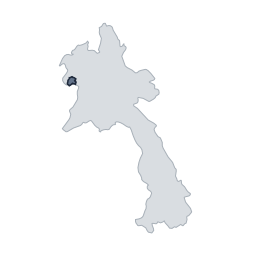 location of Xienghone, Xaignabouri, Laos, rotated 13°
{"feature_id": "54806243B61496088664088", "entity_name": "Xienghone", "entity_type": "district", "adm_level": 2, "iso_a3": "LAO", "parent_name": "Laos", "parent_adm1": "Xaignabouri", "projection": "mercator", "projection_center": [100.862, 19.697], "detail": "fine", "context": "in_parent", "style": "filled", "palette": "slate", "viewbox_px": 256, "rotation_deg": 13, "n_neighbors": 0, "source": "geoboundaries", "source_scale": "gbopen_adm2", "svg_char_len": 5135}
<svg xmlns="http://www.w3.org/2000/svg" viewBox="0 0 256 256"><g transform="rotate(13 128 128)"><path d="M90.3,33.8L91.5,36.0L97.1,41.9L98.0,43.5L100.1,44.8L101.8,50.0L102.5,50.4L103.4,50.0L104.1,49.3L104.7,47.2L105.1,47.0L105.7,48.7L107.3,49.2L108.0,49.9L108.2,51.2L107.9,52.5L106.6,55.5L105.8,59.5L111.3,68.1L113.6,69.3L119.0,70.7L122.7,72.6L124.4,72.1L126.0,70.0L128.0,68.8L131.6,67.0L132.7,66.9L134.7,67.6L138.0,69.7L143.0,73.7L142.8,74.8L141.9,75.8L139.2,77.4L138.4,78.4L138.9,78.8L141.1,79.1L143.8,79.9L144.6,81.0L145.0,83.4L145.5,83.8L147.9,83.6L148.7,83.9L149.6,84.6L150.4,86.6L150.4,88.1L148.0,90.7L147.7,92.3L146.4,94.1L143.1,97.2L142.2,97.4L136.1,95.7L131.2,95.9L130.8,96.6L131.6,98.4L131.8,100.3L131.1,101.7L128.3,103.5L128.2,104.3L128.7,105.2L132.8,106.8L145.9,115.7L151.8,117.4L154.4,118.6L155.1,119.2L155.1,120.0L154.4,120.9L153.8,122.7L153.8,123.7L154.4,124.7L155.4,126.2L159.1,129.6L161.8,130.4L164.6,134.3L165.4,137.6L166.8,139.8L173.5,147.1L179.2,151.5L182.5,156.3L184.2,157.4L184.7,159.2L185.1,164.2L187.1,166.7L187.5,167.8L188.3,168.5L189.3,168.7L191.3,167.0L191.7,167.2L192.6,169.9L193.4,170.9L196.3,172.5L199.5,175.7L201.2,176.9L203.4,177.8L203.7,178.8L203.3,179.8L202.6,180.5L198.9,182.4L198.4,183.2L200.8,187.3L207.0,192.3L208.9,195.4L208.4,196.8L206.8,199.8L205.5,200.6L205.2,201.5L206.1,203.9L206.0,207.6L204.8,208.5L203.7,210.7L203.0,210.9L201.1,210.1L197.2,214.0L195.5,213.8L193.5,215.9L191.0,216.2L189.2,214.6L185.5,212.0L184.2,210.4L183.0,211.8L181.0,213.1L178.2,212.7L177.5,214.6L176.9,215.0L173.6,215.3L172.9,215.6L173.5,217.4L175.5,220.4L176.1,222.1L174.8,224.9L171.3,224.9L169.8,223.7L167.8,221.3L163.3,219.7L160.4,220.8L159.5,220.8L157.2,218.8L156.4,217.5L155.9,215.5L159.3,214.0L161.0,212.8L162.1,211.5L162.6,210.1L163.2,204.5L163.7,202.5L163.4,200.1L162.5,198.2L162.5,195.3L163.0,193.0L164.3,191.8L165.2,190.2L165.7,186.4L165.3,185.5L164.0,184.5L161.9,183.7L160.5,182.6L160.0,181.2L160.0,180.1L160.7,179.0L159.0,177.9L155.1,176.7L153.0,175.2L152.5,173.5L150.9,171.2L148.1,168.4L146.6,164.3L146.4,159.0L146.8,154.7L148.0,149.6L146.4,146.0L144.6,144.1L142.1,142.7L139.7,140.7L137.4,138.0L134.7,134.2L131.5,129.0L129.4,126.7L128.3,127.2L126.0,126.7L122.5,125.3L119.5,124.5L116.9,124.3L115.2,124.7L114.4,125.5L114.4,126.2L115.0,127.0L114.7,127.6L113.3,128.0L112.2,128.9L111.0,130.8L110.1,133.3L108.8,134.2L106.9,134.4L104.9,135.1L103.0,136.3L102.1,137.2L102.2,137.9L101.8,138.0L100.8,137.7L100.4,136.8L100.4,135.5L99.4,134.7L97.4,134.2L95.1,132.9L90.8,129.3L89.8,129.1L88.3,130.1L86.5,132.1L84.9,132.8L83.7,132.4L82.7,133.1L82.1,135.0L80.9,136.4L75.0,140.2L69.7,145.2L68.4,145.6L65.2,144.2L64.2,143.3L68.6,133.1L69.2,130.7L69.1,127.4L67.2,124.7L67.1,123.9L67.4,123.1L69.7,119.9L72.3,111.8L72.1,109.3L71.0,106.5L70.4,103.8L70.9,100.2L70.7,98.8L69.4,98.1L65.4,97.4L63.1,98.0L62.0,99.0L60.6,99.6L58.1,99.9L55.7,98.7L53.7,96.6L53.2,94.1L55.7,88.6L56.3,86.5L56.3,85.5L55.8,84.4L55.2,84.3L53.9,83.0L52.7,80.7L51.5,79.7L50.4,79.9L49.3,80.7L47.7,82.9L47.1,82.6L48.6,75.0L50.0,71.8L51.7,70.3L53.4,69.7L55.3,69.9L56.8,69.6L58.0,68.8L57.9,68.4L56.5,68.3L55.9,67.4L56.2,65.8L56.8,64.7L57.8,64.2L58.8,62.6L59.8,59.8L60.9,58.4L62.3,58.4L64.6,57.2L67.8,54.8L69.1,52.5L70.3,53.6L69.9,56.2L70.5,56.8L70.8,57.7L70.7,59.2L70.9,60.5L71.4,61.1L72.2,61.4L75.6,60.3L77.8,60.2L81.2,62.2L83.3,60.7L83.3,60.2L81.6,58.4L82.2,51.7L81.9,46.6L79.1,42.8L78.5,41.3L78.2,38.8L77.4,36.7L79.4,35.0L80.5,31.8L82.0,31.1L82.4,31.2L84.2,33.5L86.4,32.4L88.1,32.4L89.5,33.0L90.3,33.8Z" fill="#d9dde1" stroke="#a8b0b8" stroke-width="1"/><path d="M59.1,98.8L59.3,98.9L59.4,99.0L59.5,99.0L59.8,99.1L60.0,99.2L60.1,99.3L60.3,99.3L60.5,99.4L60.6,99.5L60.8,99.6L61.0,99.7L60.9,99.8L61.0,99.9L61.1,100.0L61.3,100.1L61.5,99.9L61.6,99.7L61.8,99.6L62.0,99.4L62.2,99.1L62.3,99.1L62.4,98.9L62.5,98.9L62.6,98.7L62.8,98.4L63.0,98.3L63.1,98.2L63.2,97.9L63.3,97.9L63.3,97.7L63.5,97.6L63.6,97.3L63.7,97.1L63.8,96.9L64.0,96.9L64.1,97.0L64.3,97.1L64.6,97.0L64.8,97.0L65.0,97.1L65.3,97.1L65.5,97.2L65.9,97.0L66.0,97.0L66.3,97.1L66.5,97.1L66.7,96.9L66.7,97.0L66.8,97.0L67.0,97.1L67.0,96.9L66.9,96.9L66.8,96.7L66.7,96.6L66.7,96.4L66.7,96.1L66.9,95.9L67.0,95.8L67.0,95.6L67.1,95.4L67.1,95.2L67.0,94.9L66.8,94.9L66.7,94.7L66.4,94.4L66.2,94.4L65.9,94.2L65.7,94.1L65.4,94.1L65.3,93.9L65.4,93.7L65.5,93.5L65.5,93.4L65.6,93.2L65.8,93.1L66.0,93.0L66.0,92.9L66.1,92.7L66.0,92.4L66.0,92.2L65.9,92.0L66.0,92.0L66.0,91.9L65.9,91.8L65.9,91.7L65.7,91.7L65.4,91.7L65.2,91.6L65.0,91.4L64.9,91.4L64.7,91.3L64.6,91.2L64.4,91.2L64.2,91.2L63.9,91.1L63.7,91.1L63.4,91.0L63.2,91.1L62.9,91.2L62.7,91.1L62.5,90.9L62.4,90.9L62.3,90.7L62.2,90.7L61.9,90.6L61.7,90.7L61.7,90.8L61.5,91.0L61.4,91.1L61.2,91.2L61.2,91.3L60.9,91.5L60.7,91.6L60.4,91.7L60.3,91.8L60.2,91.9L60.2,92.0L59.9,92.2L59.9,92.3L59.7,92.3L59.8,92.5L59.8,92.8L59.7,93.0L59.6,93.3L59.5,93.6L59.4,93.8L59.3,94.0L59.2,94.2L59.1,94.3L59.1,94.5L59.0,94.8L58.9,94.9L58.9,95.0L58.8,95.4L58.8,95.5L58.9,95.8L58.9,96.0L59.0,96.1L59.0,96.3L59.0,96.6L59.0,96.8L59.0,97.0L59.0,97.3L58.9,97.4L58.9,97.5L58.9,97.8L58.9,98.0L59.0,98.1L59.0,98.3L59.0,98.5L59.1,98.8L59.1,98.8Z" fill="#64748b" stroke="#1e293b" stroke-width="1.5"/></g></svg>